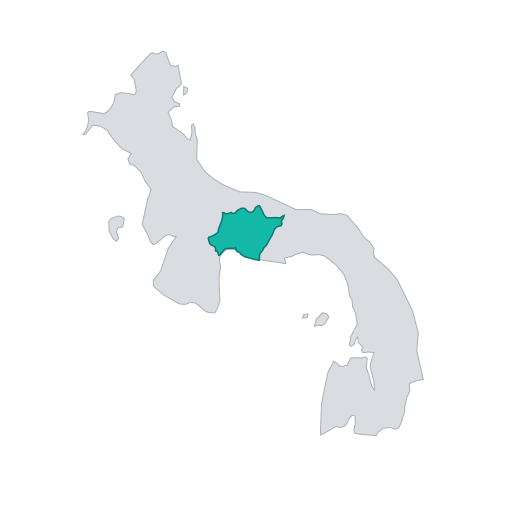 where Coclé sits in Panama, rotated 42°
{"feature_id": "PAN-1336", "entity_name": "Coclé", "entity_type": "Province", "adm_level": 1, "iso_a3": "PAN", "parent_name": "Panama", "parent_adm1": "", "projection": "orthographic", "projection_center": [-80.432, 8.569], "detail": "fine", "context": "in_parent", "style": "filled", "palette": "teal", "viewbox_px": 512, "rotation_deg": 42, "n_neighbors": 0, "source": "natural_earth", "source_scale": "10m", "svg_char_len": 4558}
<svg xmlns="http://www.w3.org/2000/svg" viewBox="0 0 512 512"><g transform="rotate(42 256 256)"><path d="M463.2,236.0L461.8,237.1L457.6,243.2L455.4,248.3L460.8,253.8L462.5,259.5L465.6,265.8L470.4,272.1L475.8,283.8L477.1,288.5L475.6,291.5L470.5,293.5L465.8,299.0L464.6,305.7L465.5,309.0L451.4,319.8L447.7,321.6L445.3,320.0L442.2,314.6L438.5,310.3L436.6,308.8L435.5,308.8L434.3,309.8L433.8,312.1L435.8,322.2L434.2,326.3L429.4,329.4L424.0,345.8L421.8,343.8L403.4,321.8L387.5,294.6L384.1,282.3L388.2,281.6L392.2,281.8L394.3,279.9L396.7,276.3L394.7,268.0L402.3,261.6L405.2,257.3L407.3,257.8L412.4,265.0L419.7,269.1L428.7,275.1L434.2,276.5L427.2,270.2L415.0,261.9L411.6,256.4L408.4,248.8L403.7,252.1L401.5,254.9L399.1,256.5L396.9,254.6L396.5,252.2L389.4,251.7L387.6,249.5L385.7,248.2L386.5,253.0L388.0,255.9L387.2,259.5L384.9,259.8L382.9,256.1L380.4,252.8L376.9,238.9L368.8,232.4L365.1,230.2L362.0,229.4L357.5,225.0L351.5,222.6L343.4,215.7L333.5,210.8L321.3,209.1L306.6,210.2L301.6,213.0L298.3,216.5L296.7,218.1L288.0,222.1L284.7,227.9L282.6,232.8L278.3,238.4L283.3,241.7L254.8,260.6L249.2,263.3L236.4,265.3L233.5,267.3L229.6,271.0L229.1,276.7L229.7,281.5L233.4,285.2L236.7,287.5L244.6,298.8L258.7,312.9L261.4,318.0L263.6,325.7L259.3,329.3L256.1,330.8L242.6,331.4L238.0,334.5L236.1,339.1L231.1,342.9L213.8,346.7L200.2,347.1L196.0,342.8L195.0,330.5L185.8,309.5L183.7,295.0L181.4,296.8L176.5,298.5L174.9,302.1L173.7,312.7L171.9,316.4L168.1,316.0L160.4,312.2L150.2,308.6L137.3,286.0L135.9,281.8L133.4,276.7L123.3,274.5L114.7,270.7L105.4,270.1L100.6,272.2L95.7,269.4L94.9,263.2L85.1,266.0L72.5,264.9L61.3,262.2L53.5,263.6L47.1,267.9L47.9,279.2L46.0,281.4L45.7,276.8L43.5,271.5L40.9,267.1L35.2,262.5L34.9,260.8L37.2,258.6L47.5,252.1L48.8,249.3L49.0,243.6L48.1,238.1L43.5,230.1L46.2,225.1L51.5,221.1L56.9,218.0L57.9,216.7L56.9,213.9L53.7,211.0L46.3,205.9L41.9,205.5L41.8,191.1L42.1,175.7L43.2,174.2L46.0,173.3L48.2,171.0L49.4,166.5L52.7,164.9L58.5,168.4L64.5,171.5L67.0,170.5L68.8,169.0L70.2,167.5L70.6,166.1L75.3,170.2L85.1,177.6L85.6,181.1L84.7,184.5L87.3,194.4L92.4,195.8L97.5,193.9L98.8,195.8L97.8,197.6L95.2,199.6L94.5,208.0L102.9,212.0L107.1,215.5L121.0,213.9L126.1,214.9L129.6,213.9L125.7,207.1L120.6,202.0L121.0,199.8L124.9,201.5L127.9,204.9L134.7,209.1L147.3,223.9L161.7,227.5L173.2,227.0L183.8,225.1L200.8,219.4L213.1,209.1L222.9,204.5L254.7,194.7L266.0,184.4L270.7,183.0L275.3,181.8L285.2,174.0L290.6,167.9L296.2,164.9L313.0,167.0L323.9,169.9L331.4,169.5L338.6,171.5L341.8,175.8L345.0,177.7L362.8,177.2L377.3,179.3L409.3,192.1L428.4,204.9L438.6,218.5L463.2,236.0ZM142.6,338.4L138.4,338.8L129.9,335.5L123.7,329.1L123.3,327.0L123.4,324.9L126.8,318.4L131.4,316.2L133.1,316.3L137.5,323.8L134.5,326.7L135.7,331.3L141.9,334.7L142.6,338.4ZM347.9,266.1L346.4,269.4L342.9,262.2L343.4,260.3L343.2,253.8L346.5,252.1L349.0,251.9L351.1,252.8L352.4,260.5L351.3,264.0L347.9,266.1ZM95.4,181.3L94.6,184.8L88.8,178.4L92.3,177.3L93.5,177.5L95.4,181.3ZM335.3,267.7L331.9,271.1L330.6,267.9L332.9,264.6L333.7,264.5L335.3,267.7Z" fill="#d9dde1" stroke="#a8b0b8" stroke-width="1"/><path d="M261.3,256.9L258.3,258.9L254.8,260.7L249.6,263.4L247.3,264.3L243.7,264.8L243.0,264.7L242.1,264.4L241.6,264.3L241.0,264.5L239.6,265.1L239.0,265.3L237.0,264.8L236.0,264.1L235.5,263.6L235.9,263.2L235.1,263.5L235.1,263.9L235.2,264.3L234.9,264.8L233.5,265.7L228.7,270.5L228.1,271.9L228.4,279.2L228.3,280.1L228.1,280.4L227.1,280.1L225.4,278.9L224.5,278.5L224.0,278.6L223.2,279.2L222.7,279.3L222.0,278.7L220.6,277.2L219.6,276.8L218.1,276.9L215.4,277.8L214.1,277.9L212.3,277.2L208.7,274.9L208.4,273.5L210.4,270.0L211.5,266.1L211.8,263.7L209.9,260.6L207.0,252.9L205.3,249.7L203.7,247.6L202.1,246.2L203.0,245.4L205.4,245.0L207.4,242.4L208.3,240.2L210.1,240.3L210.9,239.1L211.7,238.2L211.9,237.4L211.7,236.6L211.6,235.6L211.7,234.2L212.4,232.6L213.0,230.8L213.8,229.7L215.0,228.6L215.9,228.2L216.6,228.1L218.0,228.4L218.8,228.4L220.0,228.4L221.2,228.0L222.3,227.5L223.3,226.8L223.8,225.6L224.0,224.5L223.9,222.1L223.6,221.4L223.3,221.0L223.2,220.7L223.3,219.9L224.1,217.1L224.7,216.5L225.3,216.4L232.2,219.0L233.2,219.6L234.8,220.1L236.7,220.4L237.4,220.6L238.5,220.2L239.7,219.3L245.7,213.6L246.7,212.8L247.5,212.4L248.1,211.8L248.6,210.9L249.0,208.7L249.8,207.1L250.8,209.1L250.9,209.9L251.4,212.6L251.9,213.4L252.4,213.9L253.0,214.2L253.9,214.6L254.3,216.7L252.6,219.3L252.1,220.5L251.9,221.9L251.9,223.7L253.9,229.5L255.8,238.1L256.3,239.4L256.6,242.0L256.5,242.7L256.4,245.1L257.1,247.0L257.4,251.3L257.8,252.5L258.2,253.2L261.3,256.9Z" fill="#14b8a6" stroke="#0f766e" stroke-width="1.5"/></g></svg>